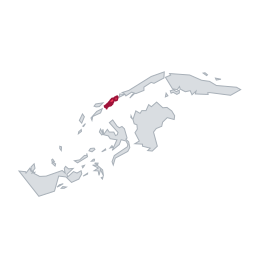 Indonesia, with Nusa Tenggara Barat highlighted, rotated 142°
{"feature_id": "IDN-555", "entity_name": "Nusa Tenggara Barat", "entity_type": "Province", "adm_level": 1, "iso_a3": "IDN", "parent_name": "Indonesia", "parent_adm1": "", "projection": "mercator", "projection_center": [117.655, -8.595], "detail": "fine", "context": "in_parent", "style": "filled", "palette": "rose", "viewbox_px": 256, "rotation_deg": 142, "n_neighbors": 0, "source": "natural_earth", "source_scale": "10m", "svg_char_len": 7088}
<svg xmlns="http://www.w3.org/2000/svg" viewBox="0 0 256 256"><g transform="rotate(142 128 128)"><path d="M86.4,106.3L90.7,112.0L97.1,111.3L100.4,108.6L106.0,110.2L110.4,109.1L116.1,95.6L123.1,94.9L126.4,98.1L122.9,98.4L127.8,104.8L126.5,106.3L132.3,111.4L127.1,110.8L125.4,120.0L121.3,121.4L119.0,125.0L120.5,127.5L118.9,131.6L111.3,136.7L109.5,132.1L106.4,133.2L103.1,130.6L97.3,133.7L96.5,130.4L89.5,130.8L88.1,122.5L84.6,120.2L83.0,114.5L83.7,108.9L86.4,106.3ZM15.6,88.9L27.0,90.6L41.7,105.5L43.4,106.7L44.2,105.1L54.0,113.4L51.6,115.2L57.1,114.8L56.0,119.1L60.5,121.3L62.9,126.5L61.9,129.0L65.6,127.9L68.8,131.5L67.3,144.9L61.9,143.4L61.7,145.3L46.8,131.8L40.6,120.3L35.0,114.5L32.2,107.1L17.4,93.3L15.6,88.9ZM240.3,129.1L240.4,161.2L235.6,156.6L236.1,155.3L230.1,156.8L231.1,153.6L229.4,151.9L230.0,151.7L231.0,151.8L231.5,151.6L228.7,150.4L230.0,150.0L227.4,144.2L222.2,140.5L206.0,135.0L205.3,131.2L203.1,135.4L200.8,136.2L200.0,132.4L196.1,129.9L204.6,129.1L205.7,126.6L197.8,127.2L195.9,123.9L191.3,123.2L192.6,120.4L198.2,118.0L206.0,119.9L207.0,127.6L212.2,132.8L224.8,123.5L240.3,129.1ZM161.3,111.3L155.8,114.7L140.2,113.6L138.3,114.9L137.6,119.0L140.6,123.0L145.1,120.3L154.2,120.1L144.0,125.5L148.6,130.5L148.4,134.0L151.4,137.8L145.1,139.6L145.3,136.3L141.7,133.5L142.5,129.7L140.5,129.3L138.6,130.7L139.4,143.7L135.1,143.8L135.5,136.1L134.7,133.5L131.8,132.9L131.3,129.6L134.9,120.7L136.6,120.5L136.0,116.7L138.6,111.5L142.6,109.7L156.6,112.1L162.4,107.9L161.3,111.3ZM68.9,145.3L80.0,147.2L81.7,149.7L90.3,150.4L92.3,147.8L100.7,150.3L103.0,154.0L109.9,154.6L109.8,157.7L110.7,159.5L104.2,157.1L78.0,154.3L64.9,149.9L68.9,145.3ZM175.3,112.1L180.0,108.5L177.9,112.6L181.0,115.2L176.1,114.8L178.7,120.6L175.1,117.4L173.8,110.6L176.8,105.4L175.3,112.1ZM177.6,130.3L189.2,131.6L190.4,135.2L185.7,132.6L179.2,133.2L177.3,131.7L176.1,133.4L177.6,130.3ZM151.0,158.7L142.4,160.3L136.4,159.1L140.3,156.8L148.7,158.8L151.7,156.2L151.0,158.7ZM126.3,156.4L132.0,157.1L133.0,159.0L121.5,160.6L123.4,157.5L127.3,159.3L128.7,158.6L126.3,156.4ZM161.5,160.3L161.7,163.9L155.2,167.1L155.5,163.7L161.5,160.3ZM68.8,124.4L70.4,128.3L72.6,128.9L71.8,131.3L68.6,130.1L67.5,126.9L64.3,126.3L65.9,124.0L68.8,124.4ZM228.4,157.0L224.0,157.6L226.1,153.5L229.5,152.6L230.6,154.1L228.4,157.0ZM137.4,162.5L140.1,164.2L141.3,166.1L138.6,166.8L132.2,163.2L137.4,162.5ZM171.0,131.4L172.8,134.1L170.2,135.0L167.1,133.0L167.2,131.5L171.0,131.4ZM110.1,156.5L116.2,157.7L113.5,159.9L110.1,156.5ZM119.6,156.7L120.6,160.1L117.0,159.6L119.6,156.7ZM79.4,129.5L76.5,132.0L76.7,128.8L79.4,129.5ZM208.9,142.9L209.6,147.2L208.3,147.4L207.1,144.3L208.9,142.9ZM108.2,150.5L103.6,151.8L101.6,151.1L108.2,150.5ZM152.9,138.6L153.0,142.5L150.3,144.1L151.3,138.9L152.9,138.6ZM24.7,109.2L28.9,111.4L28.4,113.5L24.7,109.2ZM35.0,125.0L33.3,124.1L32.6,121.0L33.8,120.9L35.0,125.0ZM193.0,155.6L192.0,154.1L194.5,151.3L194.4,153.8L193.0,155.6ZM188.2,116.6L193.0,117.7L187.6,117.3L188.2,116.6ZM159.0,124.4L163.4,125.4L158.6,125.4L159.0,124.4ZM150.9,140.5L148.5,142.4L150.6,138.9L150.9,140.5ZM212.9,119.4L215.4,119.8L217.8,121.6L215.5,122.0L212.9,119.4ZM170.7,154.0L169.1,155.4L165.8,155.6L166.7,154.0L170.7,154.0ZM208.7,147.9L207.7,149.9L206.5,149.9L206.7,146.7L208.7,147.9ZM177.4,124.4L174.5,124.7L173.6,124.0L174.9,122.8L177.4,124.4ZM213.3,124.0L216.9,124.4L220.3,125.1L217.0,125.5L213.3,124.0ZM151.6,122.0L154.6,123.3L151.5,124.0L151.6,122.0ZM179.7,105.3L177.7,104.9L179.6,103.5L179.7,105.3ZM158.8,157.7L162.1,156.5L162.5,157.3L158.8,157.7ZM188.2,124.5L187.7,126.3L185.2,125.4L186.4,124.9L188.2,124.5ZM119.2,134.7L118.0,135.9L119.0,132.2L119.2,134.7ZM174.5,117.8L176.0,120.2L175.4,120.6L173.2,118.7L174.5,117.8Z" fill="#d9dde1" stroke="#a8b0b8" stroke-width="1"/><path d="M133.4,158.7L133.4,158.8L133.3,159.0L133.2,159.3L132.9,159.4L132.7,159.4L132.4,159.4L132.1,159.3L132.0,159.1L131.9,159.1L131.7,159.2L131.4,159.2L131.2,159.2L131.1,159.3L130.9,159.4L131.1,159.5L131.6,159.5L132.0,159.6L132.2,159.8L131.8,159.8L131.7,159.8L131.3,159.7L131.2,159.6L130.8,159.7L129.8,159.9L129.5,159.9L129.4,159.6L129.6,159.3L129.6,159.2L129.6,158.9L129.5,158.6L129.4,158.7L129.5,158.9L129.4,159.0L129.2,159.1L129.0,159.3L128.9,159.5L128.3,160.0L128.2,160.0L128.0,159.9L127.9,159.8L127.7,159.9L127.5,160.0L127.0,160.3L126.9,160.3L126.7,160.2L126.5,160.3L126.4,160.3L126.3,160.2L126.2,160.2L125.9,160.3L125.3,160.6L125.1,160.7L124.5,160.9L124.2,160.9L123.7,160.7L123.4,160.8L123.2,161.1L122.9,161.1L122.6,161.2L122.3,160.9L122.2,160.9L121.9,160.8L121.7,160.8L121.5,160.7L121.4,160.7L121.3,160.4L121.3,160.2L121.4,159.9L121.5,159.8L121.7,159.7L121.6,159.4L121.4,159.3L121.5,159.2L121.4,159.0L121.6,158.5L121.8,158.5L121.8,158.4L121.8,158.2L121.9,158.3L122.0,158.3L122.5,158.1L123.0,157.8L123.2,157.7L123.3,157.5L123.5,157.4L123.6,157.6L123.9,157.6L124.0,157.7L124.3,157.9L124.7,158.0L124.8,157.8L124.8,157.7L125.1,157.7L125.3,157.7L125.4,158.1L125.5,158.2L125.5,157.9L125.7,158.3L125.8,158.4L126.0,158.5L126.3,158.6L126.4,158.8L126.5,158.8L126.4,158.8L126.4,159.1L126.5,159.2L126.9,159.1L127.0,159.1L127.0,159.3L127.3,159.3L127.6,159.1L127.8,159.0L127.8,158.9L128.1,158.9L128.3,158.9L128.7,158.9L128.8,158.9L128.9,158.7L128.7,158.5L128.6,158.4L128.6,158.5L128.4,158.4L128.2,158.2L127.9,157.9L127.7,157.9L127.5,158.0L127.4,158.0L127.4,157.9L127.2,157.8L126.9,157.6L126.6,157.4L126.4,157.1L126.2,157.0L126.1,156.9L126.1,156.7L126.2,156.4L126.3,156.4L126.5,156.3L127.0,156.1L127.3,156.1L127.5,156.2L127.9,156.2L128.1,156.2L128.2,156.3L128.3,156.5L128.4,156.8L128.6,157.1L128.7,157.3L128.8,157.4L129.0,157.5L129.3,157.4L129.4,157.2L129.5,157.2L129.7,156.9L129.8,156.9L130.0,156.9L130.1,157.0L130.4,157.0L130.5,157.0L130.8,157.2L130.9,157.5L130.8,157.9L130.7,158.3L130.8,158.4L130.9,158.2L131.0,158.0L131.1,157.9L131.0,157.7L131.1,157.4L131.3,157.2L131.5,157.1L132.0,157.1L132.3,157.1L132.4,157.4L132.4,157.5L132.5,157.7L132.7,158.0L132.6,158.4L132.6,158.5L132.6,158.8L132.8,158.9L133.0,158.8L133.1,158.7L133.2,158.4L133.3,158.5L133.4,158.7ZM120.8,157.0L121.0,157.1L121.3,157.4L121.3,157.6L121.1,157.9L121.1,158.0L121.0,158.4L121.0,158.5L120.8,158.7L120.7,158.8L120.4,159.3L120.2,159.5L120.2,159.8L120.3,159.8L120.5,159.9L120.5,160.1L120.2,160.1L119.9,160.2L120.0,159.8L119.9,159.8L119.6,159.9L119.7,160.4L119.6,160.2L119.4,160.2L119.4,160.3L119.3,160.1L119.2,160.1L118.9,160.2L118.7,160.2L118.4,160.0L118.2,160.0L118.1,159.9L117.9,159.9L117.9,160.0L117.7,160.1L117.6,159.9L117.4,159.9L117.0,159.7L116.9,159.7L116.9,159.4L116.9,159.2L117.0,159.3L117.1,159.2L117.1,159.4L117.5,159.4L117.8,159.4L118.0,159.4L118.0,159.2L118.0,158.8L118.0,158.5L118.0,158.2L117.9,158.1L117.8,157.9L117.9,157.7L118.0,157.7L118.3,157.5L118.6,157.3L119.0,156.9L119.5,156.7L119.8,156.7L120.1,156.8L120.3,156.9L120.5,157.0L120.8,157.0ZM125.9,156.4L126.0,156.5L125.9,156.6L125.7,156.8L125.4,157.5L125.2,157.6L125.0,157.4L125.1,157.1L125.0,156.9L124.9,156.7L125.0,156.6L125.3,156.4L125.9,156.4ZM132.8,156.3L133.0,156.4L133.1,156.5L133.0,156.8L132.9,156.9L132.8,157.0L132.7,156.9L132.5,156.6L132.6,156.4L132.8,156.3Z" fill="#f43f5e" stroke="#9f1239" stroke-width="1.5"/></g></svg>